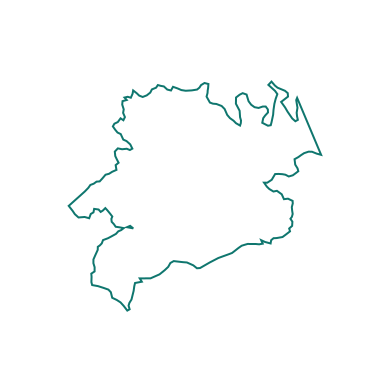 Rio Branco do Ivaí, Paraná, Brazil, rotated 119°
{"feature_id": "56859067B77657605761847", "entity_name": "Rio Branco do Ivaí", "entity_type": "district", "adm_level": 2, "iso_a3": "BRA", "parent_name": "Brazil", "parent_adm1": "Paraná", "projection": "equal_earth", "projection_center": [-51.343, -24.343], "detail": "fine", "context": "isolated", "style": "outline", "palette": "teal", "viewbox_px": 384, "rotation_deg": 119, "n_neighbors": 0, "source": "geoboundaries", "source_scale": "gbopen_adm2", "svg_char_len": 3249}
<svg xmlns="http://www.w3.org/2000/svg" viewBox="0 0 384 384"><g transform="rotate(119 192 192)"><path d="M109.2,259.6L113.4,259.6L114.4,263.3L113.3,267.8L114.3,270.7L115.0,273.7L118.2,274.0L121.7,276.8L125.3,276.7L129.4,278.4L132.8,281.2L133.3,284.9L132.4,288.3L131.7,292.7L134.9,291.6L139.2,291.2L139.9,294.4L142.1,296.8L143.2,293.7L146.2,296.8L149.4,295.4L152.8,291.8L156.2,290.6L159.0,287.0L162.5,286.8L162.2,290.2L166.8,290.8L169.9,293.0L173.0,293.0L174.8,289.3L176.1,286.0L175.9,282.4L177.6,280.1L179.5,277.5L179.2,274.0L180.3,269.1L183.0,265.2L185.4,266.7L185.8,270.0L188.5,273.9L189.8,278.0L194.1,279.1L197.8,276.5L199.8,273.7L202.0,270.4L205.5,271.8L209.3,268.8L213.0,271.6L216.3,273.4L218.8,276.0L223.8,277.0L227.5,277.9L229.2,280.5L232.4,282.0L235.1,284.3L238.7,284.7L243.5,286.0L263.9,293.1L266.4,287.2L268.2,283.7L269.3,278.9L265.9,273.8L264.8,269.2L260.3,269.9L257.6,268.3L254.2,269.4L252.6,265.2L253.7,262.2L251.5,261.0L248.1,260.0L249.1,257.0L250.7,253.0L252.1,249.8L254.6,249.5L257.0,247.8L258.0,244.7L259.4,241.9L258.0,238.2L256.7,234.2L259.7,235.5L262.1,237.4L265.5,238.2L270.3,241.2L273.2,243.1L277.2,246.5L280.7,246.0L283.4,246.7L285.6,247.8L288.3,246.4L294.6,245.9L298.8,245.5L302.1,243.7L305.0,240.7L308.7,238.7L312.2,240.5L314.9,238.7L319.6,236.3L321.8,234.2L319.9,228.6L318.8,223.1L317.9,217.8L319.0,214.4L323.2,210.5L322.9,205.5L323.2,201.0L324.7,196.6L327.1,191.1L324.8,189.7L322.1,192.4L319.3,193.0L315.4,192.8L306.8,195.1L302.4,196.8L299.2,197.7L294.8,192.4L292.9,195.8L287.6,186.4L279.8,180.5L273.7,178.0L269.0,176.5L264.6,176.5L261.3,174.5L257.8,166.0L256.1,162.3L255.5,155.3L256.3,150.7L254.6,148.1L245.0,142.3L237.0,137.0L233.2,133.7L228.4,129.5L225.9,127.4L223.6,126.4L218.4,124.2L214.9,122.5L212.7,120.4L210.5,118.2L206.6,111.1L205.2,107.9L202.9,105.1L200.6,108.1L200.3,103.9L198.9,98.3L195.8,99.4L192.9,98.3L191.3,95.7L187.5,91.0L184.0,89.4L178.9,87.2L176.8,89.3L173.1,88.0L169.3,89.8L167.7,92.9L165.3,92.6L162.4,93.3L159.7,95.4L156.8,97.4L153.2,98.3L151.0,99.7L151.3,104.8L153.7,108.1L150.5,112.4L149.8,118.3L152.1,121.0L151.9,125.9L151.0,129.2L148.9,133.5L147.4,130.7L142.7,128.2L136.0,128.0L134.2,125.0L132.6,121.6L131.6,118.7L131.5,114.9L128.5,111.9L125.0,110.3L122.3,109.1L120.2,111.1L118.0,115.0L113.6,118.2L109.9,115.9L106.9,114.5L103.7,112.8L100.2,109.6L98.6,106.5L98.0,101.6L96.9,97.1L58.7,145.7L61.1,145.4L67.2,140.6L71.9,138.9L74.9,136.8L77.6,134.4L80.0,135.9L79.1,140.0L75.4,147.4L72.9,151.6L70.0,157.7L62.0,154.3L59.1,156.2L58.4,159.8L59.3,167.8L58.7,171.1L56.9,176.0L61.3,177.1L63.3,168.4L65.0,164.8L69.9,164.0L74.9,162.7L80.7,160.5L85.1,158.5L92.3,156.3L95.4,155.5L97.2,157.7L97.4,164.1L92.9,165.5L89.7,165.1L85.6,164.1L83.0,165.7L81.5,169.0L82.9,171.5L86.2,174.5L87.5,178.4L87.0,182.5L85.2,186.5L82.4,189.4L80.3,191.5L81.0,195.6L83.8,197.5L88.0,199.3L93.5,196.4L97.9,189.7L103.3,186.2L105.7,183.8L108.1,182.7L110.6,182.2L110.5,186.9L109.5,190.2L109.0,194.6L107.5,198.6L103.6,203.7L102.4,207.8L103.2,213.4L104.6,216.5L105.1,219.7L101.5,225.5L97.9,226.4L95.6,227.5L93.3,228.3L89.6,230.0L90.6,233.9L94.1,235.9L97.1,236.1L99.9,237.2L103.2,241.4L106.5,246.6L108.0,250.7L108.4,254.8L109.2,259.6ZM254.3,231.8L251.6,229.7L252.3,225.7L254.3,231.8Z" fill="none" stroke="#0f766e" stroke-width="2"/></g></svg>